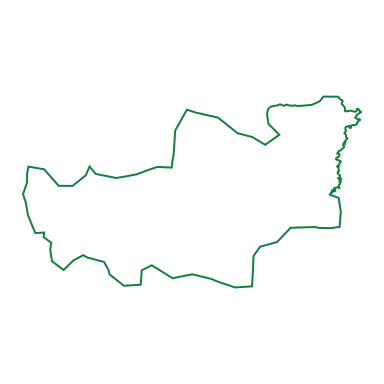 Tariat, Arhangay, Mongolia
{"feature_id": "93677404B47373317082591", "entity_name": "Tariat", "entity_type": "district", "adm_level": 2, "iso_a3": "MNG", "parent_name": "Mongolia", "parent_adm1": "Arhangay", "projection": "albers", "projection_center": [100.344, 48.242], "detail": "fine", "context": "isolated", "style": "outline", "palette": "green", "viewbox_px": 384, "rotation_deg": 0, "n_neighbors": 0, "source": "geoboundaries", "source_scale": "gbopen_adm2", "svg_char_len": 5940}
<svg xmlns="http://www.w3.org/2000/svg" viewBox="0 0 384 384"><path d="M52.1,261.3L63.6,270.0L73.2,260.6L83.3,255.1L87.0,257.4L104.1,262.0L108.6,270.3L109.6,274.4L123.9,285.8L126.6,285.6L140.7,284.7L141.8,270.3L145.9,268.2L151.8,265.3L162.8,272.1L172.5,278.2L192.4,274.3L211.6,279.0L215.8,280.9L234.9,287.4L252.0,286.4L252.8,273.1L253.0,269.2L253.4,258.3L253.7,255.7L260.2,246.7L277.1,242.0L290.6,227.8L314.7,227.0L318.9,227.9L330.2,228.2L339.6,226.9L340.8,211.9L338.7,197.9L329.8,194.7L330.0,194.3L330.3,193.7L330.5,193.3L330.8,193.1L331.1,193.0L331.3,193.0L331.6,193.0L331.9,192.9L332.0,192.8L332.0,192.4L332.0,192.1L331.9,191.8L331.8,191.4L331.8,191.2L331.8,190.8L331.9,190.5L332.0,190.3L332.1,190.2L332.3,190.3L332.4,190.5L332.4,190.8L332.5,190.9L332.8,190.9L333.0,190.9L333.3,191.0L333.6,191.3L333.8,191.3L334.0,191.3L334.3,191.3L334.7,191.1L335.0,191.0L335.3,190.7L335.4,190.3L335.3,190.1L335.1,189.9L334.7,189.7L334.3,189.4L334.0,189.2L333.9,189.0L333.9,188.8L334.0,188.6L334.1,188.3L334.4,188.1L334.7,188.1L335.1,188.0L335.5,188.0L335.9,187.8L336.2,187.6L336.7,187.5L337.3,187.4L337.9,187.5L338.3,187.6L338.6,187.8L339.0,188.0L339.4,187.8L339.5,187.5L339.4,187.2L339.1,187.0L338.8,186.8L338.7,186.7L338.5,186.4L338.6,185.9L338.7,185.5L338.9,185.0L339.2,184.5L339.5,184.3L339.8,184.1L340.1,184.0L340.2,183.8L340.3,183.4L340.4,182.9L340.4,182.7L340.5,182.4L340.6,182.1L340.6,181.8L340.4,181.7L340.2,181.7L339.9,181.6L339.4,181.5L339.5,181.1L339.6,180.9L339.9,180.6L340.1,180.5L340.4,180.3L340.7,180.1L340.9,179.7L341.0,179.4L341.1,178.9L341.1,178.7L340.7,178.5L340.1,178.6L339.7,178.7L339.4,178.9L339.0,178.9L338.5,178.7L338.1,178.4L338.4,177.9L338.6,177.7L339.2,177.4L339.5,177.1L339.8,176.7L340.0,176.1L340.0,175.8L340.0,175.5L339.8,175.2L339.4,175.0L338.9,174.7L338.7,174.5L338.5,174.4L338.3,173.9L338.0,173.4L337.7,173.0L337.6,172.8L337.6,172.4L337.7,172.1L337.9,171.8L338.2,171.7L338.5,171.5L338.8,171.3L339.0,171.0L339.0,170.7L338.9,170.4L338.7,170.0L338.6,169.4L338.5,169.0L338.5,168.6L338.5,168.1L338.6,167.7L338.7,167.2L338.5,166.8L338.3,166.8L337.9,166.8L337.6,167.0L337.3,166.9L337.2,166.7L337.4,166.1L337.5,165.9L337.7,165.7L338.0,165.5L338.6,165.3L339.0,165.1L339.3,164.8L339.4,164.4L339.4,164.1L339.6,163.5L339.7,163.0L340.1,162.6L340.4,162.2L340.6,161.8L340.8,161.4L340.5,161.1L340.1,160.9L339.8,160.8L339.4,160.6L339.0,160.4L338.4,160.3L338.3,160.1L337.9,160.0L337.6,159.9L337.2,159.9L336.9,159.8L336.5,159.6L336.2,159.4L336.1,159.1L336.0,158.7L336.1,158.3L336.5,157.9L337.1,157.5L337.8,157.2L338.3,156.9L338.6,156.8L338.8,156.4L339.0,156.1L339.3,155.6L339.5,155.2L339.5,154.7L339.4,154.3L339.2,153.9L338.9,153.7L338.6,153.6L338.4,153.6L338.1,153.7L337.6,153.8L337.4,153.8L337.3,153.7L337.4,153.1L337.8,152.7L338.1,152.2L338.4,151.7L338.7,151.3L338.9,151.0L339.1,150.9L339.3,150.9L339.5,150.8L339.8,150.7L340.1,150.7L340.5,150.5L340.9,150.0L341.2,149.8L341.4,149.6L341.6,149.4L342.0,149.0L342.5,148.6L343.0,148.3L343.4,147.9L343.7,147.6L343.9,147.0L344.0,146.6L343.9,145.9L343.7,145.1L343.6,144.7L343.1,144.8L343.1,144.2L343.5,143.7L343.8,143.1L344.5,142.0L345.1,143.0L345.5,141.0L346.1,139.9L346.9,139.0L347.3,138.1L347.0,137.8L346.4,137.4L346.0,136.8L346.1,135.3L345.2,133.9L344.5,133.4L344.6,132.8L345.1,132.2L345.8,131.4L346.0,131.0L345.9,130.4L345.8,130.1L345.6,129.8L345.4,129.4L345.4,128.6L345.4,128.0L345.4,127.5L345.6,127.2L345.9,126.8L346.4,126.6L346.8,126.6L347.2,126.5L348.3,126.2L349.0,125.8L349.5,125.8L349.9,126.1L349.9,126.5L349.8,126.8L349.6,127.2L349.6,127.4L349.5,127.5L349.9,127.9L350.3,128.0L350.5,128.0L350.7,127.8L350.9,127.4L351.2,126.9L351.4,126.1L351.8,125.4L352.2,125.1L352.6,124.9L353.0,124.8L353.5,124.9L354.1,125.2L354.6,125.3L355.3,125.1L355.8,124.7L356.2,124.5L356.5,124.4L356.8,124.2L357.1,123.9L357.1,123.4L357.0,123.1L357.2,122.8L357.5,122.0L358.4,121.2L359.0,120.7L359.7,120.5L360.1,119.9L360.0,119.5L359.6,119.3L359.3,119.3L359.0,119.1L358.9,119.2L358.6,119.3L358.4,119.4L358.1,119.3L357.4,119.0L356.7,118.6L356.2,118.2L355.8,117.8L355.3,117.7L355.4,117.1L355.8,116.7L356.1,116.3L356.5,115.8L356.6,115.2L357.0,114.5L357.3,114.4L358.0,114.0L358.3,113.9L358.7,113.6L359.1,113.3L359.6,113.0L360.0,112.8L360.3,112.7L360.6,112.6L361.0,112.0L360.8,111.8L360.4,111.5L360.1,111.5L359.9,111.5L359.8,111.1L359.1,110.2L358.8,109.9L358.5,109.3L358.1,108.9L357.7,108.8L357.3,108.9L357.1,109.0L356.9,109.3L356.7,109.7L356.8,110.2L356.7,110.6L356.6,110.9L356.4,111.2L356.0,111.5L355.5,111.6L355.0,111.6L354.3,111.6L353.2,111.5L352.0,111.1L351.2,110.7L350.2,110.7L348.9,111.1L345.4,111.3L345.0,111.1L344.9,111.0L344.8,110.5L345.1,109.9L344.9,109.3L344.9,108.6L344.7,107.6L344.3,106.7L343.8,106.2L343.1,105.4L342.4,104.7L341.9,104.2L341.7,103.7L341.7,103.3L341.9,103.0L342.0,102.6L342.2,102.3L342.4,102.0L342.6,101.4L342.6,100.8L342.3,100.3L341.8,100.1L341.2,99.8L340.7,99.5L340.2,99.2L339.4,98.3L338.6,97.2L337.9,96.7L323.5,96.6L319.8,101.2L313.9,103.9L311.8,104.8L311.4,104.9L306.8,105.3L302.4,105.7L299.4,105.9L298.9,105.9L298.5,106.1L298.0,106.1L296.6,105.8L295.0,105.4L294.2,105.3L293.7,105.5L292.8,105.8L292.5,105.8L291.9,105.6L291.1,105.6L289.8,105.4L289.3,105.4L288.6,105.4L288.0,105.2L287.6,105.1L287.3,104.8L287.0,104.7L286.8,104.6L286.3,104.7L285.8,104.8L285.2,105.1L284.9,105.4L284.4,105.7L283.9,105.8L282.3,105.2L281.3,104.7L280.3,104.4L279.6,104.4L279.4,104.4L279.0,104.6L277.8,105.3L274.6,105.8L272.6,106.2L270.8,106.7L270.2,107.1L269.5,107.8L268.6,108.7L268.0,109.5L267.6,110.7L267.1,114.1L267.6,118.7L268.5,123.9L279.3,134.8L265.2,144.8L252.5,137.1L237.4,133.1L218.0,117.6L195.9,112.6L186.9,109.7L175.2,130.6L173.7,153.7L172.4,161.1L171.7,167.6L157.2,166.9L147.1,170.4L136.4,174.4L131.4,175.3L126.7,176.2L116.4,178.0L95.6,173.9L93.2,170.9L89.6,166.5L85.8,175.3L72.6,185.9L58.7,185.8L44.1,169.3L28.4,166.6L27.1,173.7L27.1,182.5L23.0,194.2L25.8,202.5L28.0,215.4L35.3,233.1L44.2,232.5L43.6,237.0L51.2,242.8L50.2,249.8L52.1,261.3Z" fill="none" stroke="#15803d" stroke-width="2"/></svg>